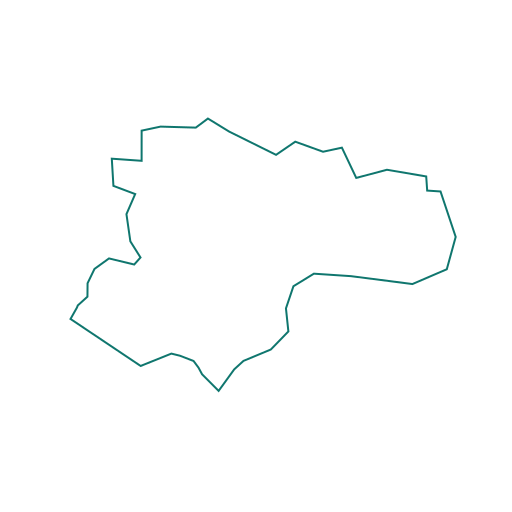 Auces, Albers equal-area conic projection, rotated 299°
{"feature_id": "LVA-5740", "entity_name": "Auces", "entity_type": "Municipality", "adm_level": 1, "iso_a3": "LVA", "parent_name": "Latvia", "parent_adm1": "", "projection": "albers", "projection_center": [22.926, 56.453], "detail": "fine", "context": "isolated", "style": "outline", "palette": "teal", "viewbox_px": 512, "rotation_deg": 299, "n_neighbors": 0, "source": "natural_earth", "source_scale": "10m", "svg_char_len": 751}
<svg xmlns="http://www.w3.org/2000/svg" viewBox="0 0 512 512"><g transform="rotate(299 256 256)"><path d="M336.9,429.3L307.3,406.4L284.4,348.8L268.6,315.2L247.7,303.4L224.7,307.6L205.7,320.9L205.0,320.7L181.4,314.3L158.2,295.9L146.3,291.9L119.9,288.7L126.4,266.2L130.5,259.8L133.9,252.3L131.9,237.8L129.6,229.3L103.9,208.4L111.0,124.3L124.0,124.4L126.4,124.1L138.7,128.3L150.5,121.9L166.4,121.0L182.6,128.6L189.5,153.6L198.7,155.7L207.9,139.0L229.8,122.4L251.6,120.3L248.2,97.3L271.2,82.7L283.8,109.8L310.2,95.2L322.9,109.8L339.1,141.1L352.9,147.3L351.8,172.3L354.2,224.5L375.0,234.9L379.7,264.1L392.4,278.6L372.9,305.8L394.9,328.7L408.1,366.3L396.2,374.0L401.9,386.1L369.5,421.4L336.9,429.3Z" fill="none" stroke="#0f766e" stroke-width="2"/></g></svg>